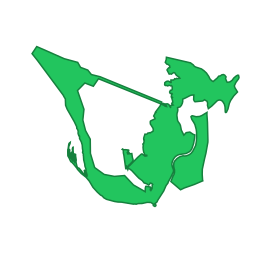 outline of Dumyat, Dumyat, Egypt, rotated 187°
{"feature_id": "37247803B80197492831052", "entity_name": "Dumyat", "entity_type": "district", "adm_level": 2, "iso_a3": "EGY", "parent_name": "Egypt", "parent_adm1": "Dumyat", "projection": "equal_earth", "projection_center": [31.855, 31.44], "detail": "fine", "context": "isolated", "style": "filled", "palette": "green", "viewbox_px": 256, "rotation_deg": 187, "n_neighbors": 0, "source": "geoboundaries", "source_scale": "gbopen_adm2", "svg_char_len": 5730}
<svg xmlns="http://www.w3.org/2000/svg" viewBox="0 0 256 256"><g transform="rotate(187 128 128)"><path d="M228.5,197.7L232.3,190.1L226.1,184.0L196.5,152.9L194.5,150.1L193.8,149.5L192.7,142.9L190.7,139.3L182.0,127.6L179.1,123.0L178.8,121.4L177.6,120.0L177.1,118.8L176.9,116.6L176.4,115.4L175.9,114.4L175.6,114.6L175.1,114.0L174.8,111.6L172.7,108.6L171.4,105.6L170.7,102.0L169.9,99.4L170.1,99.2L170.1,98.0L169.1,96.8L169.1,95.6L168.8,94.8L168.1,91.0L166.6,87.1L166.1,84.9L164.8,82.3L164.0,78.5L163.6,78.3L163.3,77.1L162.8,76.3L162.8,75.1L163.0,74.9L163.7,75.3L164.9,78.9L165.4,80.1L165.9,80.7L166.2,80.5L164.9,76.7L165.1,76.1L165.4,76.1L167.0,77.6L171.4,82.0L172.3,82.3L172.6,82.1L173.3,82.7L174.0,83.7L175.5,87.9L175.5,89.9L176.6,93.8L176.8,95.4L177.5,95.6L177.3,92.7L176.9,89.3L176.4,87.5L176.6,87.3L177.2,88.9L177.4,90.1L178.6,92.1L178.7,94.1L179.8,99.1L180.1,102.2L180.5,102.0L180.7,100.3L180.0,97.7L179.9,95.9L179.1,93.5L179.1,91.7L178.8,90.5L178.6,88.6L179.3,88.8L180.2,90.4L180.5,92.2L180.5,93.7L181.0,95.3L180.9,97.1L181.6,96.3L181.6,95.6L181.0,92.6L181.4,91.7L181.9,92.8L181.9,93.8L182.3,95.6L182.7,95.4L182.7,93.8L182.0,92.6L182.1,91.4L182.6,92.0L183.2,94.0L183.0,98.2L183.3,99.4L183.8,99.6L183.7,95.4L184.1,95.6L184.2,96.6L184.5,102.3L183.6,105.7L183.6,106.7L184.4,105.9L184.8,104.9L184.9,100.2L185.1,99.2L184.9,97.0L184.3,93.0L182.8,91.0L181.2,88.4L180.6,87.6L179.4,87.0L177.5,85.4L173.5,81.5L173.2,80.9L168.9,77.2L163.5,73.9L159.9,70.5L155.5,64.8L150.5,60.5L147.1,58.1L145.3,57.4L143.5,55.8L140.7,54.6L132.3,53.4L129.0,53.3L125.5,53.6L113.3,53.1L112.1,53.4L110.5,53.4L108.8,54.2L104.8,54.8L100.0,56.5L97.1,56.8L96.0,56.8L93.6,55.5L93.6,54.6L93.3,54.0L91.7,53.4L90.8,54.3L91.2,55.5L92.6,55.7L90.3,58.0L89.5,60.3L84.9,69.8L83.2,75.5L81.6,78.3L81.5,79.3L79.9,83.3L77.7,89.8L77.6,91.0L77.8,92.1L79.3,94.9L80.1,97.4L79.9,100.2L79.0,102.9L77.5,105.4L75.5,107.1L73.9,107.9L67.2,109.8L64.3,111.8L63.1,113.1L62.1,115.2L61.0,120.4L60.7,126.2L60.9,129.3L62.6,129.7L66.1,131.5L69.7,130.5L71.7,127.7L74.8,132.4L76.3,137.0L77.3,138.6L79.2,140.6L79.8,141.8L81.0,146.4L81.1,148.6L80.8,150.2L80.7,151.9L81.3,154.3L79.0,155.2L77.8,156.9L77.1,159.1L76.9,161.0L77.2,163.3L74.8,164.7L70.4,167.7L69.2,168.3L66.7,168.8L66.3,164.1L65.4,162.7L64.7,162.2L57.2,163.9L56.0,164.8L55.6,165.4L52.7,164.1L52.0,162.2L51.9,160.2L50.6,157.0L47.6,159.9L42.6,166.1L41.0,166.9L39.3,166.9L37.5,166.1L35.4,163.6L34.3,160.9L33.4,155.7L33.1,155.3L32.7,155.3L32.2,155.7L31.1,159.0L30.4,164.8L29.5,167.8L26.9,172.8L23.7,177.1L26.8,181.0L27.6,182.8L26.5,186.3L24.2,190.4L24.0,191.8L24.7,193.8L25.6,193.8L27.1,192.7L29.1,190.5L30.5,188.0L32.5,186.2L34.6,185.5L35.4,185.7L37.2,188.9L36.9,190.7L38.5,192.3L39.9,192.7L41.4,192.2L42.7,191.0L44.3,190.5L45.5,188.5L49.2,184.5L50.9,185.3L52.8,186.9L54.0,188.9L56.8,192.1L59.7,194.2L62.3,195.6L68.4,196.8L69.7,197.4L70.9,198.6L73.9,200.3L98.5,202.9L98.4,200.5L99.0,197.7L97.2,196.1L95.8,195.9L94.3,194.9L93.8,193.3L94.2,192.9L94.7,192.9L95.4,192.1L96.3,190.7L96.3,190.2L93.7,186.5L92.5,186.9L91.5,186.7L90.4,187.8L89.3,188.6L88.8,188.6L88.3,188.4L86.4,186.2L83.5,184.7L82.6,183.7L84.7,183.1L85.8,183.2L86.8,182.4L87.7,182.6L88.2,181.6L88.9,181.1L91.2,180.9L91.2,179.9L90.7,178.7L90.9,178.3L91.4,178.4L93.3,179.4L94.2,179.4L95.6,178.9L97.0,177.5L96.9,175.5L96.5,174.9L96.0,174.7L95.0,174.9L93.6,174.6L92.9,175.2L91.7,175.4L90.8,175.0L90.1,175.4L89.2,174.5L88.8,171.6L89.5,170.8L90.5,170.6L91.1,168.8L90.7,167.9L90.2,167.4L88.6,167.6L88.3,167.2L88.7,167.0L88.9,164.2L88.5,163.6L87.7,164.0L87.5,163.8L88.0,162.6L87.0,160.2L86.7,158.6L87.2,158.5L87.6,157.3L86.1,156.3L88.3,155.5L88.7,155.1L88.2,153.9L88.3,153.7L89.0,154.2L90.2,156.2L91.6,156.8L94.7,156.3L95.6,156.7L96.8,156.5L96.1,155.9L93.4,155.3L92.7,154.8L92.3,154.0L93.7,154.1L95.1,154.9L98.2,155.9L97.7,156.7L97.7,157.9L162.0,175.5L170.9,176.6L175.0,180.6L182.5,182.4L185.9,187.0L199.7,189.0L228.5,197.7ZM98.2,155.9L98.9,153.7L102.7,147.1L102.2,146.9L102.9,145.9L104.0,143.0L102.5,141.2L102.3,140.4L106.0,138.1L106.6,137.5L106.7,136.7L106.3,134.7L103.5,131.3L102.8,130.1L102.7,127.9L105.5,125.8L105.8,126.0L107.8,125.3L108.0,124.7L109.0,124.0L110.4,124.0L111.0,121.1L111.2,119.7L110.9,118.1L110.4,118.1L110.4,116.7L110.6,114.3L111.3,113.9L110.6,112.1L110.8,111.0L110.2,108.2L109.3,105.6L109.0,105.4L108.3,103.8L107.3,103.0L106.1,103.3L105.9,102.7L107.1,102.2L108.0,102.2L110.9,104.0L111.6,103.7L114.8,100.0L121.6,91.1L122.7,90.1L122.8,90.7L122.5,91.5L122.1,91.7L119.3,95.5L119.1,97.1L120.1,99.5L121.1,103.1L125.1,102.2L125.8,103.6L125.4,104.0L124.0,103.2L123.7,103.4L125.2,105.2L124.9,105.2L124.5,105.8L124.7,106.2L127.8,106.2L129.4,105.9L130.9,106.5L131.1,106.1L130.6,106.1L129.9,104.9L129.6,102.7L128.8,100.5L125.3,87.4L125.0,87.2L124.8,87.4L124.9,90.2L124.1,89.9L123.4,88.1L123.4,87.3L123.1,86.7L122.7,88.3L119.1,86.2L113.4,81.4L111.0,79.5L107.4,77.5L105.3,75.4L102.9,75.0L100.5,73.9L99.9,74.5L99.2,76.1L97.5,75.8L96.6,75.0L97.0,74.6L96.7,70.9L97.7,68.7L98.4,69.3L98.2,71.5L98.6,72.1L102.9,72.4L103.3,72.2L103.5,70.4L103.2,66.9L115.6,72.1L125.6,80.4L135.6,78.3L146.0,79.0L156.3,84.7L162.2,98.2L164.1,112.3L169.8,120.2L173.8,130.4L174.0,141.2L182.7,159.0L176.3,167.4L167.5,165.2L163.3,173.3L98.2,155.9ZM78.9,80.1L68.3,73.1L64.7,75.4L55.2,80.1L47.3,84.7L47.6,85.3L48.7,91.1L49.2,96.2L48.3,106.5L47.6,112.4L47.0,123.6L47.2,125.6L49.8,143.3L51.3,150.9L51.5,153.1L56.2,149.4L58.4,148.2L61.8,147.5L65.5,148.0L66.3,147.7L66.9,146.9L65.7,144.3L63.3,141.4L62.0,139.5L60.2,135.1L59.5,132.4L58.7,126.9L58.5,122.9L58.7,118.9L60.9,112.8L61.9,111.1L62.9,109.9L64.4,108.7L66.6,107.5L68.4,107.1L70.0,107.1L73.0,105.8L75.5,103.8L77.6,100.9L78.2,99.3L78.2,96.8L77.8,94.8L76.7,92.1L76.4,89.5L76.7,87.5L77.4,85.9L78.9,80.1Z" fill="#22c55e" stroke="#15803d" stroke-width="1.5"/></g></svg>